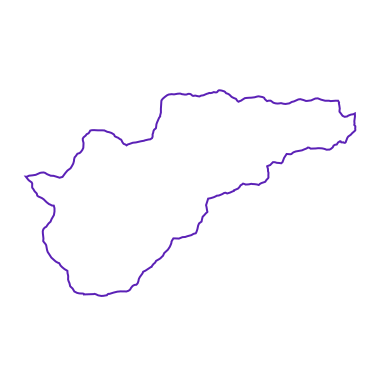 Mewang, Thimphu, Bhutan (Mercator projection), rotated 88°
{"feature_id": "84629894B72045307811039", "entity_name": "Mewang", "entity_type": "district", "adm_level": 2, "iso_a3": "BTN", "parent_name": "Bhutan", "parent_adm1": "Thimphu", "projection": "mercator", "projection_center": [89.55, 27.441], "detail": "fine", "context": "isolated", "style": "outline", "palette": "violet", "viewbox_px": 384, "rotation_deg": 88, "n_neighbors": 0, "source": "geoboundaries", "source_scale": "gbopen_adm2", "svg_char_len": 5994}
<svg xmlns="http://www.w3.org/2000/svg" viewBox="0 0 384 384"><g transform="rotate(88 192 192)"><path d="M192.3,150.0L191.8,150.0L190.9,147.7L190.2,145.9L188.5,144.2L187.0,143.2L186.4,142.0L185.4,140.7L186.1,138.7L186.4,138.3L186.4,136.6L186.3,134.7L185.9,132.5L186.2,131.0L186.3,129.3L186.8,126.6L187.3,125.1L187.0,124.6L186.3,123.9L185.5,122.3L184.6,119.2L184.3,118.4L182.8,117.4L181.8,116.4L180.8,115.4L180.1,115.1L178.0,115.1L175.4,114.9L173.9,115.3L171.4,115.3L170.1,115.7L168.9,116.0L168.5,115.1L167.8,112.9L166.2,111.3L165.0,110.0L165.1,108.2L165.8,106.2L166.0,104.1L166.4,101.8L165.3,100.5L161.2,98.8L157.3,96.1L157.7,92.4L157.5,91.3L156.3,89.9L155.8,89.0L155.1,86.9L154.2,80.6L153.4,78.6L152.5,76.0L151.6,74.6L151.9,73.2L152.8,71.9L152.8,66.8L152.6,64.3L152.7,63.0L152.9,60.6L153.4,58.6L153.9,57.2L154.4,56.2L154.4,53.1L153.9,51.9L152.3,49.8L150.6,48.9L149.8,47.5L149.6,45.7L147.6,44.3L146.4,42.2L146.6,41.6L147.5,41.2L147.7,40.3L147.6,39.1L148.0,38.5L148.2,37.8L148.1,37.2L147.5,36.6L146.1,36.1L145.1,35.6L144.5,35.4L143.4,34.9L142.9,34.6L142.0,33.9L141.6,33.3L140.5,31.6L140.1,31.1L138.9,30.0L136.7,27.3L136.1,26.7L134.8,26.6L134.1,26.7L132.9,26.5L131.9,26.5L131.0,27.2L130.6,27.5L129.4,27.2L126.9,27.3L122.1,26.5L119.2,26.5L119.9,28.0L120.2,30.5L121.1,33.1L121.9,34.3L122.2,36.8L121.1,38.9L118.7,40.5L116.9,41.8L115.4,41.7L113.8,41.4L110.3,41.8L108.7,42.1L107.7,41.9L105.9,42.8L105.8,45.6L106.0,50.3L105.6,51.8L105.4,55.9L104.2,59.8L102.8,63.0L102.9,65.5L103.6,67.3L104.6,69.7L105.0,73.9L105.0,74.9L104.0,77.3L103.0,80.5L103.2,82.5L105.0,86.9L105.5,89.2L106.8,91.6L107.3,95.5L107.0,97.5L106.3,99.9L106.5,101.7L106.6,103.5L106.3,105.5L105.6,107.6L104.8,108.5L103.5,110.2L103.4,112.2L103.8,113.8L103.2,114.5L101.7,116.0L100.8,116.4L100.4,116.6L100.0,117.3L99.8,117.8L99.6,118.1L98.9,121.2L98.8,121.7L98.7,122.4L99.0,124.1L99.5,126.0L99.6,127.1L99.8,129.5L99.8,131.7L99.9,134.4L100.1,136.0L100.7,137.0L101.4,138.2L101.8,138.9L102.1,139.2L102.6,140.3L102.7,140.8L103.2,141.9L103.4,142.4L103.1,142.8L102.8,143.1L102.4,143.6L101.8,144.0L100.7,144.6L100.4,144.9L99.5,147.0L98.5,148.8L98.0,149.4L96.8,150.5L96.0,151.3L95.5,152.0L95.0,152.9L94.7,153.8L94.5,154.4L93.8,155.0L93.2,155.4L92.6,156.2L91.7,158.7L91.4,160.2L91.3,161.3L91.4,161.8L92.0,162.6L92.5,162.9L92.8,163.2L93.2,163.8L93.3,164.6L93.2,165.6L93.0,166.2L92.9,166.7L93.6,168.6L93.8,170.2L93.7,170.8L93.6,171.4L93.9,171.9L94.4,173.8L95.2,175.9L95.6,176.8L95.8,177.7L96.0,179.5L96.3,180.3L96.7,181.0L96.7,181.5L96.5,182.6L96.2,183.8L96.0,184.4L95.8,185.2L95.8,186.2L96.0,187.0L95.8,188.1L95.3,188.7L94.5,189.5L94.1,190.1L93.9,190.8L93.8,191.6L93.8,192.4L94.0,192.9L94.4,194.2L94.4,195.7L94.1,197.2L93.9,198.5L93.3,200.1L93.2,200.9L93.3,203.0L93.7,205.7L93.8,206.6L93.5,209.0L93.7,211.1L93.8,212.0L94.5,213.6L96.1,215.9L97.8,218.0L98.8,218.8L99.4,219.3L100.6,219.5L103.8,219.8L107.9,220.2L111.5,220.3L114.5,221.2L115.4,221.2L116.5,222.2L121.3,224.5L123.1,225.2L125.9,225.6L127.1,225.9L128.4,227.6L129.6,228.3L131.6,228.8L133.1,229.4L134.5,229.4L135.5,229.5L136.8,230.1L137.9,231.9L138.0,233.5L138.7,237.1L139.1,238.2L139.5,241.2L140.5,246.3L140.7,249.4L141.8,252.9L142.2,254.4L143.1,255.8L142.3,256.7L141.5,258.6L140.3,259.5L139.4,260.0L137.9,260.6L137.0,261.3L136.7,262.1L135.2,264.0L134.4,265.8L133.6,267.2L131.8,268.0L130.2,270.4L129.3,272.8L128.9,274.6L127.4,277.5L127.2,280.3L127.1,283.7L126.8,287.0L126.7,288.8L126.8,290.4L127.1,291.6L128.2,292.2L129.7,293.3L130.6,295.3L131.9,296.3L133.6,298.5L134.9,299.3L136.5,299.3L139.2,298.7L141.8,298.9L144.1,299.1L146.1,300.1L148.0,301.6L149.2,303.0L149.4,303.9L149.8,305.2L152.2,307.0L153.3,308.1L155.3,308.7L157.0,308.9L159.5,309.7L162.2,311.3L164.1,312.6L166.2,315.7L168.5,317.8L170.0,319.0L172.4,320.9L173.1,323.8L171.8,327.4L171.0,329.9L170.8,332.6L169.2,336.1L167.7,338.3L167.3,339.7L167.4,341.9L167.6,343.2L169.4,347.6L169.8,351.1L170.0,354.2L171.0,356.6L170.9,357.5L173.8,355.4L174.8,354.5L176.8,351.9L178.0,351.4L181.7,351.6L182.7,351.2L183.1,350.8L184.0,350.2L185.3,349.6L186.7,348.5L187.6,347.6L188.4,347.1L189.3,347.0L190.3,346.7L191.2,345.6L192.0,343.9L192.8,342.3L194.1,340.5L195.3,339.4L197.2,337.6L199.1,335.3L199.8,333.8L200.6,332.5L200.8,330.6L203.4,330.0L206.7,330.1L210.2,330.8L214.4,333.4L216.7,334.4L218.4,336.4L219.9,337.6L221.6,338.8L222.5,340.5L224.1,341.9L225.9,342.5L228.1,342.5L230.6,342.3L233.3,342.1L235.9,342.4L237.0,341.7L238.0,340.9L239.1,340.1L240.1,339.6L244.8,338.9L246.6,338.4L247.1,338.2L249.2,336.9L252.6,334.9L255.5,331.9L256.8,330.5L258.0,328.5L258.5,327.2L261.0,325.9L261.4,325.5L262.6,324.4L264.6,322.1L266.4,319.3L268.9,319.2L270.3,318.9L271.5,318.7L272.4,318.7L273.9,318.8L275.0,318.9L276.7,318.5L278.7,317.7L282.0,317.0L284.3,314.7L286.5,313.5L286.9,313.3L287.3,313.1L288.8,310.4L289.4,308.2L289.7,304.5L290.0,303.7L290.6,303.6L290.6,294.0L290.4,292.9L291.0,291.3L292.0,289.4L292.7,286.3L292.7,284.5L292.2,280.7L291.4,280.0L290.9,279.2L290.9,277.9L289.8,273.9L289.0,270.1L288.8,266.7L288.9,265.3L289.1,260.9L288.8,260.0L288.5,258.9L287.4,257.3L285.6,256.2L283.8,254.6L282.9,252.8L282.7,250.8L281.3,249.5L279.3,248.7L277.2,248.2L275.3,247.2L274.4,246.5L271.6,244.3L270.0,243.6L269.0,241.3L265.5,235.6L265.5,235.1L264.0,234.2L263.4,233.6L262.5,232.9L261.9,232.0L261.1,231.2L259.6,230.3L257.8,226.9L257.2,226.0L256.9,225.6L256.5,225.2L256.1,224.8L254.7,223.2L252.1,221.9L248.8,218.1L246.0,216.1L243.3,214.8L242.2,214.4L240.9,214.2L239.9,213.7L237.7,212.2L237.9,208.9L238.1,206.7L237.0,203.7L236.8,203.2L236.7,200.3L236.0,198.1L235.1,194.2L234.2,192.5L233.9,192.0L233.4,189.7L232.2,189.0L229.9,188.1L228.9,187.8L225.7,187.0L223.6,186.0L221.9,183.5L220.2,183.1L219.5,182.9L218.7,182.7L217.1,182.2L215.5,180.5L213.7,178.8L212.7,177.5L212.4,177.3L210.8,177.6L209.2,177.8L207.6,178.0L205.6,178.4L205.1,178.2L201.5,176.9L199.2,176.1L198.8,173.5L198.0,170.5L197.1,168.3L196.6,167.5L196.4,165.2L195.8,163.5L195.1,161.7L194.1,159.9L193.9,158.5L194.7,156.9L193.9,154.0L193.1,152.1L192.3,150.0Z" fill="none" stroke="#5b21b6" stroke-width="2"/></g></svg>